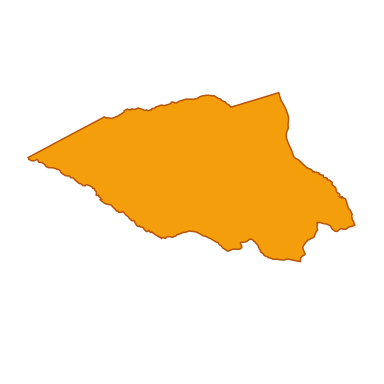 map outline of Cuando Cubango (Mercator projection), rotated 163°
{"feature_id": "AGO-1888", "entity_name": "Cuando Cubango", "entity_type": "Province", "adm_level": 1, "iso_a3": "AGO", "parent_name": "Angola", "parent_adm1": "", "projection": "mercator", "projection_center": [19.423, -15.802], "detail": "fine", "context": "isolated", "style": "filled", "palette": "amber", "viewbox_px": 384, "rotation_deg": 163, "n_neighbors": 0, "source": "natural_earth", "source_scale": "10m", "svg_char_len": 6016}
<svg xmlns="http://www.w3.org/2000/svg" viewBox="0 0 384 384"><g transform="rotate(163 192 192)"><path d="M278.7,206.6L280.5,208.9L282.0,211.3L280.6,211.3L281.0,211.9L281.4,213.7L282.3,214.6L282.4,216.3L283.8,216.6L284.5,216.9L284.5,217.5L284.1,218.1L283.7,218.8L283.5,219.7L283.5,220.4L284.6,222.8L284.5,223.9L284.6,224.2L285.5,224.3L285.9,224.6L286.2,226.0L286.5,226.6L290.1,229.6L290.7,229.8L291.0,229.7L292.1,229.4L292.4,229.2L293.1,229.7L294.2,229.9L294.6,230.4L294.9,230.9L296.1,232.6L297.0,232.9L297.4,233.1L297.7,233.5L300.8,238.4L301.2,239.7L301.6,240.2L302.2,240.6L303.6,241.0L304.1,241.6L304.2,242.7L304.4,243.1L304.6,243.3L305.2,243.3L307.7,244.3L308.3,244.8L310.2,246.8L311.0,248.0L311.6,249.2L312.1,251.3L312.5,251.9L313.1,252.4L314.4,253.1L316.1,254.6L317.2,255.4L319.8,256.5L321.8,257.1L322.4,257.4L324.2,259.3L324.4,259.8L324.7,261.0L325.5,262.4L326.6,263.6L327.6,264.4L329.5,265.1L329.9,265.6L330.0,266.3L330.0,267.6L330.5,268.2L331.2,268.4L333.4,268.0L334.8,268.2L336.0,268.6L336.9,269.3L337.7,270.3L338.6,271.1L338.3,271.7L338.4,272.3L338.6,272.9L300.5,280.4L254.9,289.2L254.1,289.5L253.8,289.4L253.1,288.5L251.9,287.8L249.5,287.0L247.5,285.9L246.9,285.7L245.1,285.9L244.5,285.7L243.8,285.9L243.0,286.2L242.3,286.4L241.6,286.1L233.8,288.2L233.2,289.4L231.8,289.7L230.6,290.1L229.5,290.2L228.6,289.4L227.3,288.7L226.6,288.5L226.2,288.9L225.9,289.1L225.2,289.0L224.5,288.7L224.2,288.3L223.5,287.9L222.0,287.8L220.3,287.9L219.3,288.2L218.7,287.9L217.5,287.0L216.1,286.3L213.8,284.1L212.8,283.7L211.7,283.9L210.0,282.5L209.6,282.4L207.5,282.7L207.1,282.4L205.6,283.6L204.6,283.2L203.5,283.1L202.5,283.4L201.9,283.9L201.5,283.6L200.9,283.9L200.4,284.0L199.2,283.9L196.8,284.2L194.9,283.6L193.3,282.7L186.6,282.7L186.3,282.9L185.6,283.9L184.9,283.9L183.1,283.2L182.7,282.8L182.3,282.0L181.4,281.8L180.5,281.9L178.0,282.5L170.8,282.6L164.0,280.5L163.4,280.1L161.5,280.2L159.7,280.0L158.8,280.2L157.4,280.7L153.8,280.9L148.3,279.9L144.5,278.0L142.8,277.6L142.3,277.1L141.4,276.0L139.0,273.4L137.8,272.7L137.4,272.3L137.2,271.9L136.8,270.8L134.6,268.9L134.0,268.6L133.9,268.1L132.4,265.3L131.3,264.9L131.2,264.5L130.5,262.8L130.0,262.4L129.8,261.7L80.0,261.6L80.1,254.2L78.1,244.5L77.8,240.0L77.8,237.1L78.1,234.2L78.6,232.7L80.4,228.5L81.3,224.8L84.0,221.5L84.7,220.2L85.2,219.0L85.9,216.3L85.7,210.9L84.6,202.4L84.4,196.9L84.1,195.5L83.4,194.2L82.7,193.4L80.7,191.6L75.2,181.8L74.1,180.8L71.8,179.1L71.0,178.1L70.5,176.0L69.7,176.3L69.4,176.0L69.0,175.0L68.7,174.8L67.3,174.7L65.3,173.0L64.5,172.6L64.5,172.4L65.1,171.8L63.6,170.8L63.2,170.4L62.0,169.7L61.6,169.5L61.6,169.2L61.9,168.7L61.7,167.5L61.4,167.1L60.0,166.7L59.4,166.3L58.8,165.8L58.6,165.3L58.9,164.2L58.9,163.8L57.5,163.4L55.6,161.2L55.3,160.5L55.2,159.7L55.3,159.4L55.9,159.0L56.1,158.7L55.8,158.3L55.6,157.5L55.0,156.8L54.7,156.1L53.7,154.9L53.4,154.3L53.4,153.3L53.7,150.8L53.6,149.8L53.1,148.9L51.5,146.8L51.4,146.4L52.1,144.7L52.6,144.6L52.5,144.3L51.7,143.8L49.9,143.5L50.5,142.6L49.4,142.4L48.4,141.7L47.5,140.8L47.1,139.8L47.1,136.2L47.2,135.1L47.1,132.9L47.2,131.2L46.9,130.1L46.2,128.7L46.0,128.1L45.4,124.2L45.4,123.6L45.5,123.5L46.0,123.2L46.2,122.9L46.5,120.4L46.8,118.9L46.0,115.9L46.0,115.4L46.3,114.7L46.3,114.2L45.9,112.9L46.7,112.5L47.1,112.4L51.1,112.6L53.0,112.4L54.4,111.8L55.7,111.4L56.9,111.6L57.8,112.0L59.2,112.9L60.0,113.3L61.0,113.4L61.9,113.1L63.1,112.4L64.3,112.0L65.2,112.0L66.2,112.4L66.7,112.7L67.3,113.5L68.7,115.6L69.0,116.6L69.5,118.7L70.0,119.7L71.8,121.3L74.0,122.7L75.5,123.3L78.0,125.1L79.1,125.6L80.2,125.9L80.9,126.1L81.6,126.0L81.2,125.2L81.2,124.7L82.5,122.9L82.8,122.0L82.9,121.4L82.8,119.8L83.0,118.9L85.2,117.3L86.6,115.7L87.9,113.7L88.5,113.3L89.5,112.9L89.9,112.8L91.5,112.9L93.4,112.2L93.9,112.1L94.9,112.2L95.3,112.2L97.5,110.7L98.4,110.3L100.0,108.9L100.8,108.4L101.2,108.0L102.1,106.8L102.4,105.9L102.3,102.0L102.0,100.9L102.0,99.9L102.4,99.1L106.0,98.2L107.4,97.0L108.1,95.4L108.6,93.8L109.9,94.3L119.7,99.7L121.0,100.1L122.2,100.1L123.2,99.9L124.6,100.2L130.1,102.7L131.7,103.3L133.1,103.6L134.1,104.0L136.7,106.2L137.1,106.4L137.8,106.6L138.3,107.1L138.8,108.0L140.3,109.0L141.4,110.2L141.7,110.7L141.7,111.4L141.8,111.8L142.4,112.5L142.8,113.4L143.6,114.3L143.9,114.9L144.0,115.4L143.6,116.0L143.6,116.5L144.3,118.2L144.3,119.1L144.7,119.9L144.4,120.7L144.6,122.1L145.1,122.9L145.5,124.0L146.1,124.8L146.5,126.0L147.3,126.8L147.5,127.7L148.6,129.2L150.1,129.9L150.7,129.9L153.7,128.8L155.1,128.7L156.8,128.8L159.7,129.5L160.5,129.1L160.8,128.4L160.3,126.4L160.3,125.5L160.5,124.7L161.3,124.0L162.3,123.5L163.5,123.4L164.9,123.8L166.8,124.6L170.5,125.4L174.0,124.9L175.3,125.1L176.0,125.9L177.1,127.5L178.1,128.4L178.9,129.3L179.7,131.8L180.1,132.3L180.7,133.0L181.4,134.0L181.8,135.6L182.1,136.1L182.5,136.5L183.7,137.3L184.1,137.7L184.8,138.7L185.8,139.6L187.8,141.9L190.2,143.9L191.0,144.9L191.7,145.2L192.1,145.9L193.1,146.2L194.6,147.2L195.7,148.8L197.7,150.5L198.8,151.9L202.3,153.9L204.4,154.6L205.9,155.4L206.4,155.6L208.3,155.4L209.8,155.4L213.0,156.0L214.9,155.5L218.0,155.5L218.6,155.7L218.8,155.6L219.4,155.1L220.3,154.7L221.1,154.6L222.3,154.9L222.6,154.8L223.2,154.4L223.6,154.3L224.2,154.5L226.3,155.7L227.8,156.2L229.4,156.4L230.1,156.2L230.4,155.7L230.8,155.4L231.8,155.8L233.1,156.9L233.8,157.0L234.6,156.4L235.5,157.6L235.7,158.2L235.8,158.5L236.2,158.4L236.4,158.5L239.9,162.3L240.8,163.7L241.9,165.0L242.2,165.7L242.8,165.4L243.2,165.3L243.5,165.5L243.9,166.0L244.3,167.2L244.8,167.7L245.5,167.4L246.6,167.2L247.6,168.2L248.9,170.8L248.9,171.1L248.7,171.7L248.9,172.1L250.0,173.0L251.4,173.6L251.9,174.0L252.1,174.9L253.0,174.6L253.7,174.8L254.3,175.4L255.1,177.3L255.6,180.8L256.2,181.7L257.6,182.0L258.0,182.3L258.8,183.7L259.6,184.9L260.2,186.8L260.6,187.6L261.9,189.2L263.0,192.2L264.1,193.4L265.3,193.5L266.6,193.4L267.8,193.8L268.2,194.4L268.2,195.0L268.4,195.4L269.4,195.6L269.7,195.9L270.5,197.7L270.7,198.6L271.8,200.0L272.9,202.8L273.3,203.4L273.9,203.8L276.2,204.8L277.5,205.6L278.7,206.6Z" fill="#f59e0b" stroke="#b45309" stroke-width="1.5"/></g></svg>